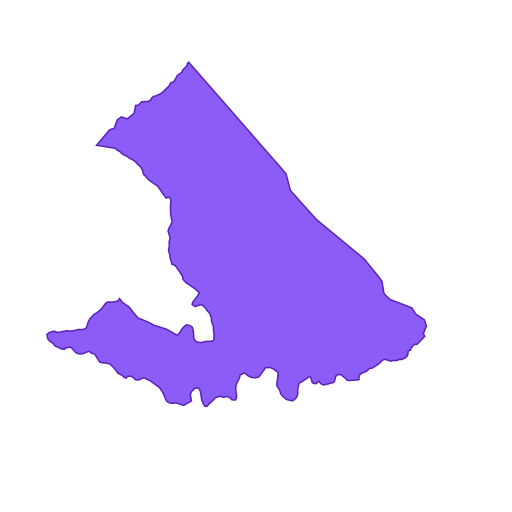 San Pedro Yaneri, Oaxaca, Mexico (Robinson projection), rotated 17°
{"feature_id": "50627088B33343665113881", "entity_name": "San Pedro Yaneri", "entity_type": "district", "adm_level": 2, "iso_a3": "MEX", "parent_name": "Mexico", "parent_adm1": "Oaxaca", "projection": "robinson", "projection_center": [-96.382, 17.426], "detail": "fine", "context": "isolated", "style": "filled", "palette": "violet", "viewbox_px": 512, "rotation_deg": 17, "n_neighbors": 0, "source": "geoboundaries", "source_scale": "gbopen_adm2", "svg_char_len": 4408}
<svg xmlns="http://www.w3.org/2000/svg" viewBox="0 0 512 512"><g transform="rotate(17 256 256)"><path d="M134.9,90.3L134.0,92.3L134.5,93.9L131.7,99.2L131.2,102.1L127.9,106.5L127.2,110.6L126.2,113.6L123.7,115.4L123.2,118.7L118.1,127.9L113.7,132.0L111.2,133.4L109.9,135.9L109.8,137.6L107.8,139.6L101.5,142.0L99.5,146.1L96.9,147.2L97.7,155.1L92.8,162.5L86.6,162.3L83.5,166.3L83.1,175.3L79.1,178.1L71.1,196.8L90.2,194.1L92.6,195.5L95.2,195.9L98.4,197.6L103.2,198.4L107.5,199.6L112.3,200.7L116.3,203.1L119.1,204.2L122.2,207.0L124.7,210.8L128.8,213.1L132.0,214.9L136.9,216.5L140.9,217.7L144.6,220.2L147.4,222.7L153.2,227.0L154.7,225.4L157.3,225.7L158.7,228.5L159.4,232.6L162.1,241.0L164.3,245.0L165.9,248.0L165.1,252.7L164.6,255.2L164.6,257.8L166.7,261.0L167.8,262.5L168.6,265.2L168.8,267.7L170.1,271.9L170.8,276.6L173.0,279.6L174.3,282.8L176.7,286.2L177.9,288.4L181.3,288.6L186.2,292.3L189.0,294.6L191.9,297.0L192.9,299.6L197.1,302.1L200.6,303.1L207.1,305.1L209.7,306.4L212.5,307.5L212.1,310.2L210.8,313.7L209.1,318.3L209.0,320.9L212.5,322.2L214.9,320.4L217.3,318.8L218.9,318.7L223.1,320.6L224.9,322.3L228.3,324.2L231.2,328.0L232.8,332.0L235.7,335.5L237.3,340.0L239.0,343.8L240.3,348.9L238.1,350.7L236.4,351.2L232.9,352.4L231.0,353.6L229.2,354.7L224.6,355.5L221.7,354.2L220.0,351.6L219.5,349.7L217.6,345.2L215.6,342.5L212.7,341.9L209.9,342.0L208.1,344.0L206.4,347.7L205.4,352.0L203.8,354.7L200.6,354.2L196.8,353.2L192.1,352.2L185.4,352.1L179.2,352.1L171.7,350.7L161.1,349.7L152.5,344.0L149.2,341.7L142.2,339.6L137.9,336.6L137.3,339.0L135.1,340.7L132.2,342.0L129.4,342.9L127.6,343.3L126.1,345.1L124.3,349.8L123.5,352.1L122.0,354.4L120.3,356.8L118.0,359.5L116.7,362.2L115.5,364.7L114.8,368.1L114.9,373.6L113.9,375.5L111.0,377.3L107.9,378.1L105.7,379.5L101.5,381.6L99.2,382.3L96.5,383.0L93.2,384.7L90.8,386.0L88.5,387.1L84.9,386.9L82.9,388.1L80.2,390.1L79.0,392.2L79.9,394.0L81.1,396.1L83.3,397.6L87.5,398.9L89.9,400.7L91.7,400.9L97.7,401.8L100.0,401.2L101.0,399.5L103.4,398.3L105.9,397.4L110.1,399.9L111.7,401.0L114.7,401.5L118.3,400.5L121.3,398.1L124.3,395.8L126.7,397.0L130.4,397.0L137.7,403.2L140.1,403.0L142.4,402.5L145.7,402.1L148.0,402.0L151.7,403.9L154.8,405.8L158.0,408.4L161.0,408.9L163.6,409.6L165.4,410.6L167.6,410.7L168.2,408.7L171.7,407.4L174.8,408.4L177.6,409.7L181.1,408.3L182.8,406.0L185.0,405.3L188.0,405.8L191.1,406.2L202.3,410.1L204.4,411.8L207.4,414.4L209.8,417.3L212.7,420.8L215.1,421.7L218.4,421.6L222.4,419.9L230.6,420.0L236.6,413.4L233.8,407.9L233.8,404.9L235.2,402.2L236.6,400.2L238.4,399.3L240.2,399.4L242.0,401.3L243.5,403.8L245.2,407.5L246.5,410.1L249.4,413.4L251.2,414.7L253.1,414.1L254.2,411.4L256.7,407.3L258.7,403.3L260.5,402.2L262.4,400.5L264.8,400.8L266.3,400.6L268.5,399.3L270.4,398.7L273.3,399.5L275.1,400.6L278.5,399.7L278.8,397.7L278.1,394.5L277.0,392.6L275.8,390.1L274.9,387.0L274.8,384.0L275.3,380.6L275.9,376.9L275.5,374.5L279.0,371.4L280.7,371.6L282.5,372.6L286.2,373.4L290.9,372.8L294.1,370.8L297.9,359.8L300.3,359.3L302.0,358.5L305.7,358.9L308.2,359.8L311.0,360.8L311.6,362.7L312.5,366.7L312.8,370.1L314.0,374.2L316.3,376.0L318.2,377.8L319.8,380.3L322.2,382.3L325.1,383.4L326.9,384.3L330.7,384.1L332.9,384.0L334.4,382.5L335.9,380.0L336.4,377.5L336.0,374.4L335.1,372.4L334.7,369.1L334.4,366.7L334.6,364.9L336.9,362.5L339.0,359.9L342.5,355.6L343.3,355.7L344.7,357.3L346.3,360.0L347.9,361.0L350.8,360.6L352.3,357.8L353.0,357.5L354.2,358.5L356.8,359.6L359.3,359.3L360.4,358.1L361.4,357.8L362.9,357.0L363.6,356.3L364.6,355.7L366.7,354.7L367.6,353.3L367.7,351.1L367.4,348.8L367.7,346.7L368.7,345.9L370.8,344.8L372.5,344.8L374.1,345.6L376.9,346.6L378.9,347.7L379.9,348.1L381.4,347.9L389.7,344.6L390.7,344.0L390.2,343.1L389.9,341.5L389.9,340.1L390.1,338.7L390.5,338.4L390.9,337.5L391.8,337.1L392.2,336.3L393.3,335.7L394.8,334.6L395.8,333.4L397.3,330.4L398.5,329.9L399.4,329.6L400.4,328.7L404.2,324.2L405.7,322.1L406.2,320.8L407.6,318.5L409.4,317.1L414.7,317.2L416.4,316.8L417.8,315.8L418.4,315.5L420.7,315.1L421.5,314.3L422.0,314.2L422.5,313.4L423.5,313.1L423.8,312.5L425.4,312.6L428.3,309.9L429.8,307.5L430.0,305.2L429.4,303.5L429.4,302.4L430.1,301.7L431.2,301.1L431.1,299.7L431.3,298.8L432.2,296.1L434.0,293.8L435.5,293.6L436.1,292.9L440.9,283.4L438.8,281.4L439.4,273.0L435.6,267.8L425.6,264.8L420.2,260.0L396.9,258.4L389.5,254.7L383.8,243.2L379.2,239.9L360.3,227.2L302.8,203.3L269.8,183.3L260.6,168.5L134.9,90.3Z" fill="#8b5cf6" stroke="#5b21b6" stroke-width="1.5"/></g></svg>